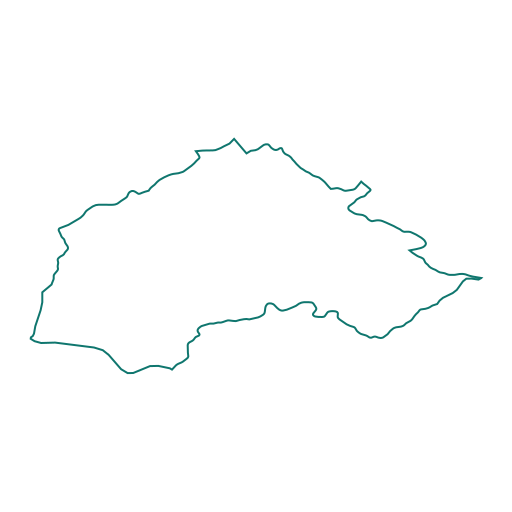 the border of Jablanicki
{"feature_id": "SRB-843", "entity_name": "Jablanicki", "entity_type": "District", "adm_level": 1, "iso_a3": "SRB", "parent_name": "Republic of Serbia", "parent_adm1": "", "projection": "robinson", "projection_center": [22.002, 42.918], "detail": "fine", "context": "isolated", "style": "outline", "palette": "teal", "viewbox_px": 512, "rotation_deg": 0, "n_neighbors": 0, "source": "natural_earth", "source_scale": "10m", "svg_char_len": 6057}
<svg xmlns="http://www.w3.org/2000/svg" viewBox="0 0 512 512"><path d="M481.3,278.0L481.2,278.1L478.5,279.6L471.6,278.6L466.3,278.7L462.9,281.4L456.8,289.9L452.8,293.0L443.0,297.8L439.6,300.6L437.2,304.0L432.9,305.4L432.0,305.8L429.8,307.2L428.1,308.0L425.4,308.8L421.1,309.4L420.4,309.6L419.6,310.2L418.0,312.3L415.9,314.3L414.4,316.1L412.3,319.1L411.3,320.2L410.4,320.9L406.2,323.2L404.3,325.0L403.4,325.7L402.2,326.2L401.0,326.6L399.8,326.8L396.1,327.3L394.3,327.9L393.2,328.5L392.2,329.3L390.1,331.1L387.6,334.2L383.5,337.2L382.8,337.6L381.7,337.9L380.4,338.0L379.4,337.8L378.3,337.6L376.5,336.9L375.3,336.6L374.3,336.6L373.6,336.8L371.3,337.7L370.6,337.7L369.9,337.6L369.0,337.2L367.4,336.1L365.9,335.4L361.5,334.1L360.5,333.7L358.7,332.5L357.4,331.4L356.8,330.8L355.3,328.3L354.6,327.5L353.9,327.1L353.1,326.8L350.1,325.9L346.6,324.3L339.5,319.4L338.3,318.2L337.9,317.6L337.7,316.9L337.7,316.2L337.9,313.6L337.7,312.7L337.1,312.0L336.4,311.7L335.6,311.4L334.1,311.2L332.6,311.1L331.0,311.2L329.6,311.4L328.8,311.6L328.1,311.9L327.3,312.6L325.0,315.9L324.2,316.6L323.5,316.8L322.1,317.0L318.2,316.9L316.7,316.7L315.2,316.5L314.4,316.2L313.8,315.8L313.2,315.2L313.0,314.5L313.0,314.1L313.4,313.2L315.7,310.4L316.2,309.4L316.3,308.8L316.2,308.1L315.8,307.2L313.4,303.6L312.7,303.0L312.0,302.6L311.2,302.4L308.5,302.2L304.1,302.2L302.7,302.4L301.3,302.7L299.0,303.7L296.2,305.7L295.4,306.1L292.0,307.6L286.8,309.7L282.9,310.6L281.8,310.6L280.9,310.4L280.1,310.1L279.0,309.5L277.2,308.0L274.1,304.8L273.1,304.1L272.2,303.8L271.4,303.5L270.2,303.4L269.1,303.4L268.3,303.6L267.6,303.9L266.9,304.5L265.9,306.0L265.6,306.7L265.3,307.9L264.8,311.8L264.5,313.0L263.9,314.0L263.0,314.8L260.4,316.4L258.1,317.4L249.3,319.4L246.4,319.0L244.0,319.2L239.7,320.0L236.6,320.9L235.7,321.1L232.9,320.9L229.0,320.4L227.9,320.4L226.4,320.8L222.7,322.1L221.2,322.5L220.2,322.6L218.7,322.5L217.6,322.6L213.5,323.6L212.4,323.6L210.9,323.6L209.9,323.6L209.1,323.8L202.4,325.8L201.5,326.1L200.4,326.8L198.7,328.2L198.1,329.0L197.7,329.8L197.6,330.7L197.8,331.5L198.1,332.1L199.3,333.8L199.5,334.6L199.2,335.3L198.7,335.7L196.4,336.7L195.7,337.1L195.0,337.8L193.8,339.5L193.0,340.3L192.0,341.0L189.5,342.3L188.9,342.8L188.4,343.3L187.9,344.2L187.7,345.3L187.8,348.9L187.9,352.7L188.3,356.3L188.1,357.0L187.8,357.7L186.6,358.8L182.8,361.7L181.6,362.4L178.3,363.8L177.2,364.4L176.0,365.3L172.0,369.6L169.8,368.3L158.3,365.9L150.0,366.1L133.2,373.0L127.6,373.1L121.1,369.2L108.7,354.9L102.8,350.2L94.0,347.5L55.1,342.6L41.1,343.0L34.6,341.2L30.7,338.8L30.9,337.4L32.8,336.0L34.0,333.6L35.3,326.2L40.6,310.3L42.3,302.3L42.3,292.3L51.6,284.5L51.8,283.7L53.5,279.5L53.7,278.4L53.7,275.9L53.9,275.0L54.6,273.9L57.3,270.7L57.9,269.6L58.0,268.7L57.7,266.9L57.7,265.9L58.2,263.0L58.1,262.1L57.7,260.2L57.7,259.6L57.9,258.9L58.5,258.1L59.6,257.1L60.9,256.2L62.7,255.3L63.3,254.8L63.9,254.3L64.8,252.7L65.5,251.8L67.5,249.6L67.8,249.0L68.0,248.1L67.9,247.2L67.5,246.2L65.5,243.3L65.1,242.4L64.3,239.8L63.9,239.1L62.1,237.4L61.5,236.6L60.3,233.7L59.1,231.3L58.7,230.3L58.7,229.6L58.9,229.0L59.3,228.5L60.0,228.1L65.0,226.2L68.4,224.9L78.6,218.9L80.6,217.6L82.8,215.6L83.7,214.6L85.8,211.5L86.6,210.7L87.6,209.9L91.7,207.1L92.6,206.5L94.4,205.7L95.9,205.1L97.4,204.9L99.0,204.7L111.9,204.8L113.4,204.7L115.0,204.5L116.8,203.9L117.9,203.3L121.3,200.8L124.7,198.6L126.1,197.6L126.7,197.1L127.2,196.4L128.4,193.7L128.8,193.0L129.3,192.4L129.9,191.9L131.3,191.2L131.9,191.0L133.0,191.0L133.7,191.1L135.3,191.8L137.9,193.5L138.5,193.8L139.0,193.8L139.7,193.7L140.4,193.5L142.0,192.8L145.1,191.7L148.7,190.7L149.3,189.7L150.6,188.0L152.3,186.5L154.6,184.7L157.0,182.1L158.6,180.7L159.6,179.9L164.2,177.3L168.6,175.3L171.2,174.4L173.3,173.9L177.1,173.4L178.5,173.2L182.8,171.9L184.0,171.2L191.4,165.8L194.1,163.4L196.5,160.8L199.1,158.4L199.5,157.5L199.4,156.9L199.1,156.1L198.0,154.2L195.9,151.2L202.3,150.6L205.4,150.5L212.7,150.4L215.5,150.1L218.1,149.1L220.8,148.0L223.9,146.3L229.5,143.6L234.1,138.9L246.5,153.4L250.8,150.8L253.8,150.4L255.3,150.2L256.7,149.7L257.9,149.2L258.9,148.5L263.1,145.4L264.1,144.8L265.9,144.3L267.0,144.3L267.7,144.4L268.4,144.6L269.2,145.3L270.9,147.4L271.5,148.0L273.1,149.1L274.0,149.6L275.0,149.9L276.1,150.0L276.9,149.8L277.7,149.6L279.6,148.4L280.5,148.1L281.2,148.1L281.7,148.3L282.1,148.9L283.1,151.5L284.0,152.7L284.8,153.6L285.9,154.3L288.6,155.6L289.5,156.2L290.3,156.9L291.1,157.6L292.5,159.5L294.4,161.5L296.4,163.9L299.9,167.3L300.8,168.1L303.3,169.6L305.3,171.0L306.1,171.5L308.8,172.6L309.6,173.1L311.6,174.6L312.9,175.5L314.7,176.2L317.9,177.1L318.8,177.4L319.9,178.1L322.0,179.7L324.1,181.5L325.1,182.5L328.6,186.6L330.8,188.9L333.1,188.7L336.0,188.2L337.2,188.1L338.5,188.3L341.2,189.2L343.2,190.2L344.2,190.6L345.3,190.8L346.5,190.7L352.9,189.7L353.8,189.4L354.7,189.0L355.7,188.2L358.2,185.3L361.2,181.6L363.7,183.9L366.1,185.7L370.0,189.0L370.5,189.7L370.5,190.0L370.3,190.5L369.9,191.0L367.2,193.2L365.5,195.3L364.6,196.0L363.9,196.4L360.9,197.2L359.9,197.7L357.4,199.1L356.7,199.5L355.9,200.3L355.0,201.5L354.2,202.4L349.0,206.2L348.5,207.0L348.3,207.9L348.4,208.8L348.9,209.7L349.7,210.5L353.9,213.1L354.9,213.6L356.8,214.2L361.5,214.8L362.9,215.1L364.4,215.8L365.5,216.4L366.4,217.2L368.1,219.2L369.5,220.2L370.5,220.7L371.6,221.1L372.6,221.1L376.4,220.4L377.9,220.3L379.4,220.4L380.9,220.6L382.5,221.1L386.1,222.6L393.8,226.1L396.7,227.7L400.1,229.4L402.2,231.0L403.2,231.5L404.3,231.8L408.0,231.7L409.2,231.8L410.4,232.0L411.4,232.4L416.1,234.6L421.4,237.8L423.4,239.4L424.5,240.5L425.6,242.4L425.9,243.3L425.8,244.2L425.4,245.1L424.7,245.9L423.7,246.7L422.7,247.3L420.8,248.0L416.4,249.1L409.6,250.4L412.5,252.8L416.6,255.5L417.6,256.1L418.9,256.7L421.3,257.6L422.7,258.4L423.3,258.8L423.9,259.6L425.2,262.3L425.8,263.1L427.8,264.8L429.2,266.5L430.7,267.7L432.8,268.8L435.5,269.9L438.4,271.7L440.0,272.4L443.6,273.0L444.8,273.3L447.8,274.5L449.2,274.8L450.6,274.9L453.5,274.9L455.0,274.8L459.5,274.0L462.5,273.9L464.1,274.1L465.6,274.4L468.6,275.5L470.0,275.9L472.9,276.6L481.3,278.0Z" fill="none" stroke="#0f766e" stroke-width="2"/></svg>